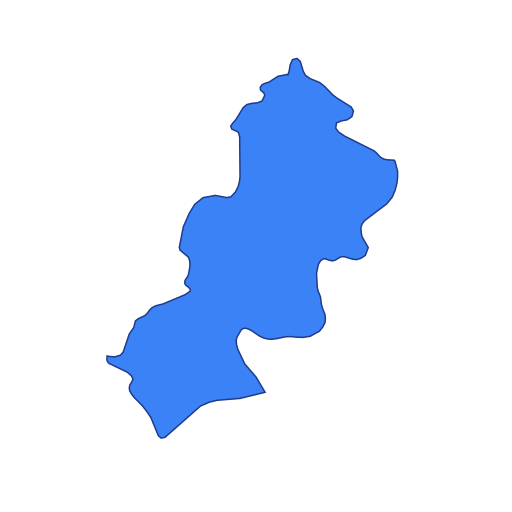 outline of Cao Bằng, rotated 286°
{"feature_id": "VNM-511", "entity_name": "Cao Bằng", "entity_type": "Province", "adm_level": 1, "iso_a3": "VNM", "parent_name": "Vietnam", "parent_adm1": "", "projection": "natural_earth1", "projection_center": [106.073, 22.737], "detail": "fine", "context": "isolated", "style": "filled", "palette": "blue", "viewbox_px": 512, "rotation_deg": 286, "n_neighbors": 0, "source": "natural_earth", "source_scale": "10m", "svg_char_len": 2235}
<svg xmlns="http://www.w3.org/2000/svg" viewBox="0 0 512 512"><g transform="rotate(286 256 256)"><path d="M118.9,140.4L118.9,142.0L120.1,148.0L123.3,153.0L127.2,154.8L146.1,155.7L153.6,158.2L160.4,158.0L163.2,160.0L168.3,165.8L171.5,167.5L174.6,168.6L177.7,170.3L180.6,173.5L184.2,179.7L199.3,198.5L204.2,202.5L206.4,201.5L207.6,199.2L208.5,196.6L210.1,195.0L213.0,194.5L217.5,195.9L220.1,196.2L228.5,195.2L232.9,193.7L236.3,191.3L240.6,181.5L243.1,179.9L264.1,178.1L278.7,180.1L288.8,182.9L297.5,189.0L303.0,200.1L304.1,211.8L306.0,215.6L311.7,218.5L317.4,219.7L322.7,219.6L327.8,218.8L365.9,207.5L370.2,204.9L371.3,197.8L373.9,195.9L377.5,197.1L381.7,199.1L395.1,202.8L399.1,205.5L401.7,210.1L403.7,215.2L406.8,219.1L412.7,220.1L414.7,218.9L416.8,214.6L419.2,213.6L422.0,214.4L423.9,216.3L426.8,220.6L434.8,227.6L439.1,235.9L438.9,236.7L442.8,236.9L449.1,236.2L454.8,236.9L457.2,241.0L455.3,244.9L446.5,250.6L443.3,253.7L441.4,259.4L440.3,269.4L437.9,275.2L432.2,285.1L430.2,290.0L425.5,306.4L422.3,309.7L416.5,309.8L412.1,306.2L409.3,300.7L406.1,296.7L400.8,297.4L397.9,301.4L395.7,308.0L389.6,340.6L388.4,343.2L385.4,348.0L384.5,351.5L384.5,354.9L386.2,362.6L385.2,363.6L376.4,368.8L370.8,370.4L364.8,371.4L357.6,371.6L350.1,370.7L342.3,367.4L320.0,350.7L316.2,349.2L312.4,349.0L307.7,350.6L303.8,352.6L295.0,361.6L286.7,360.9L282.6,357.4L280.2,353.6L279.5,349.3L279.7,341.4L278.8,338.1L276.7,335.9L274.1,333.6L272.5,331.2L272.1,328.3L272.3,325.3L272.2,322.0L269.6,319.5L265.4,318.3L256.2,318.9L242.3,323.7L239.1,325.6L236.6,327.7L234.1,329.4L227.3,332.3L223.3,334.9L219.1,338.2L215.2,339.9L211.2,340.7L206.2,339.8L201.2,337.7L193.7,330.1L190.7,323.6L189.1,317.1L188.1,311.6L186.5,306.7L182.0,298.1L180.4,294.3L179.4,290.0L179.3,285.7L180.0,281.4L182.9,272.7L183.7,268.9L183.7,265.8L182.7,263.5L181.1,262.2L172.9,260.1L169.6,260.2L165.4,261.7L161.1,264.4L149.1,275.0L139.6,289.5L127.5,302.3L114.6,279.7L106.5,258.2L102.6,251.4L96.5,244.0L56.6,218.5L54.8,215.0L56.4,211.6L71.7,199.5L76.6,193.7L80.8,187.9L86.4,177.9L88.9,174.5L91.5,171.8L94.3,170.5L97.3,170.3L100.4,171.2L103.6,171.7L106.4,169.4L108.8,164.3L112.2,144.3L113.1,142.9L114.1,141.9L115.3,141.2L118.9,140.4Z" fill="#3b82f6" stroke="#1e3a8a" stroke-width="1.5"/></g></svg>